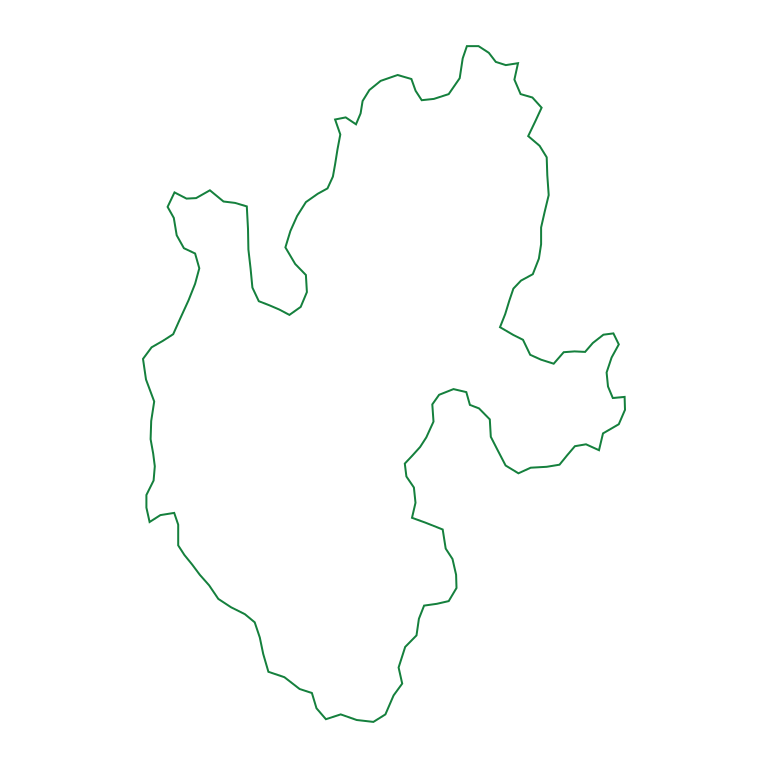 outline of Amparo do Serra, Minas Gerais, Brazil
{"feature_id": "56859067B23618411337621", "entity_name": "Amparo do Serra", "entity_type": "district", "adm_level": 2, "iso_a3": "BRA", "parent_name": "Brazil", "parent_adm1": "Minas Gerais", "projection": "equal_earth", "projection_center": [-42.798, -20.529], "detail": "fine", "context": "isolated", "style": "outline", "palette": "green", "viewbox_px": 768, "rotation_deg": 0, "n_neighbors": 0, "source": "geoboundaries", "source_scale": "gbopen_adm2", "svg_char_len": 2268}
<svg xmlns="http://www.w3.org/2000/svg" viewBox="0 0 768 768"><path d="M518.0,63.2L505.8,65.1L495.8,61.9L488.8,52.8L478.5,46.1L466.9,46.1L462.7,58.4L459.7,78.2L448.7,94.1L433.9,98.9L421.7,100.2L415.6,90.8L411.4,79.0L397.6,75.0L380.6,80.9L369.4,90.0L362.6,101.0L360.6,113.4L356.0,124.3L345.7,117.4L335.1,119.5L340.3,134.5L337.5,149.3L335.1,164.3L332.9,176.6L327.5,188.4L317.7,193.8L305.9,202.1L297.1,216.0L290.4,231.0L285.4,247.4L295.2,264.0L305.9,275.0L306.9,292.1L300.7,306.9L289.4,314.9L279.2,309.5L269.4,305.3L258.8,301.2L252.4,287.6L250.6,268.8L248.4,249.5L248.0,228.9L246.8,206.4L235.0,202.9L223.5,201.5L209.9,190.3L196.1,198.1L186.5,198.6L174.5,192.4L167.6,206.9L173.8,217.9L176.7,235.3L183.9,248.2L195.1,253.5L199.3,268.3L195.1,283.8L188.5,300.4L179.4,320.3L173.2,334.2L162.8,340.9L151.6,347.3L143.0,358.9L146.0,379.5L154.2,401.5L151.2,421.0L150.6,439.2L153.2,453.7L154.8,466.3L153.6,480.5L146.4,495.0L146.4,507.6L149.6,522.0L160.4,515.1L174.2,512.9L178.2,524.7L178.2,545.4L184.4,555.0L192.2,564.6L199.8,574.8L209.1,585.3L218.3,598.9L231.1,607.3L244.9,614.2L254.7,622.3L259.8,637.5L263.2,653.9L268.4,671.8L284.4,677.2L299.6,689.0L311.9,693.0L316.5,708.3L325.9,719.2L340.7,714.4L356.7,720.0L373.4,721.9L385.4,714.4L393.6,695.4L402.2,683.6L398.6,667.5L405.2,646.9L416.5,635.4L418.9,618.8L424.1,605.6L436.9,603.8L448.7,601.1L456.5,588.0L456.1,574.8L452.5,559.0L445.7,548.6L442.7,529.5L425.3,522.6L412.0,517.8L415.5,502.8L413.9,487.5L406.4,476.5L404.8,463.6L412.6,455.3L420.1,447.0L426.3,437.4L433.5,421.6L432.3,404.4L439.1,394.8L453.5,389.1L466.3,392.1L469.9,404.9L479.0,408.4L489.8,419.4L490.8,436.8L497.4,449.7L505.6,465.5L518.4,473.3L530.7,467.7L546.7,466.8L559.5,464.7L567.3,455.1L574.9,446.2L586.0,444.3L599.0,450.2L603.0,433.4L618.8,424.2L625.0,409.8L624.6,396.9L612.8,398.0L608.0,386.5L606.6,372.5L611.6,357.5L618.8,344.4L613.4,333.4L603.4,334.7L592.8,343.0L585.1,351.9L574.5,351.4L563.7,352.2L553.7,363.7L541.1,359.7L530.2,354.8L523.0,339.8L513.4,335.0L500.0,327.2L505.2,314.1L509.4,300.4L513.4,288.6L521.0,280.6L532.8,274.2L538.9,258.6L541.1,244.2L541.1,227.5L544.7,211.7L548.7,195.1L547.3,175.3L546.7,157.3L539.6,145.8L528.2,136.1L535.4,121.1L541.6,107.7L532.4,97.5L520.6,94.1L514.4,79.6L518.0,63.2Z" fill="none" stroke="#15803d" stroke-width="2"/></svg>